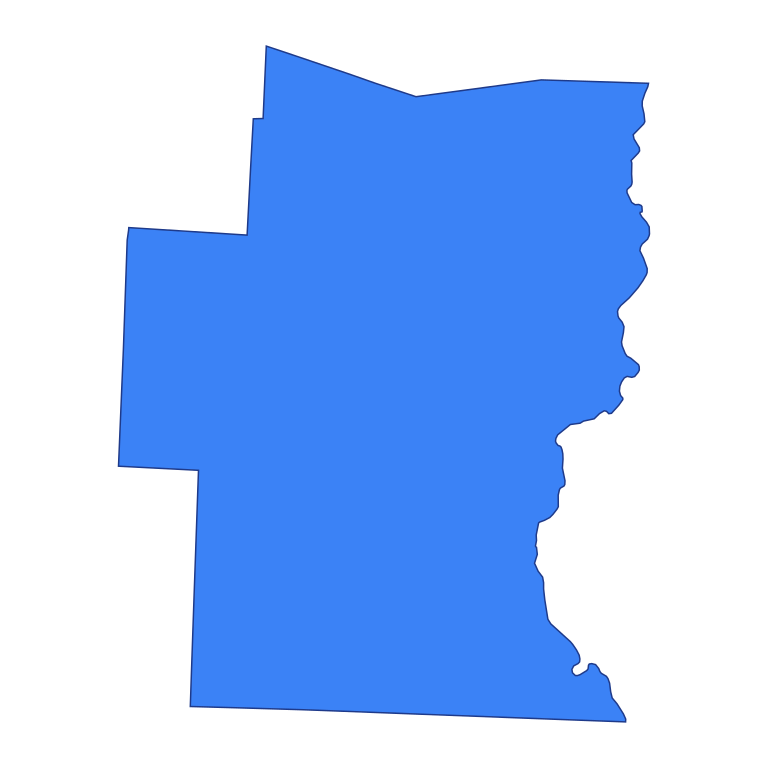 outline of Windham, Vermont, United States of America
{"feature_id": "52423323B2511363637596", "entity_name": "Windham", "entity_type": "district", "adm_level": 2, "iso_a3": "USA", "parent_name": "United States of America", "parent_adm1": "Vermont", "projection": "mercator", "projection_center": [-72.531, 42.995], "detail": "fine", "context": "isolated", "style": "filled", "palette": "blue", "viewbox_px": 768, "rotation_deg": 0, "n_neighbors": 0, "source": "geoboundaries", "source_scale": "gbopen_adm2", "svg_char_len": 2283}
<svg xmlns="http://www.w3.org/2000/svg" viewBox="0 0 768 768"><path d="M625.6,721.9L625.7,719.1L623.4,713.9L617.1,703.9L612.2,698.0L610.7,691.9L609.6,683.2L608.0,678.7L606.4,676.3L601.3,673.3L599.9,671.5L598.7,668.5L595.6,664.6L591.7,663.6L589.3,664.0L588.5,665.2L588.1,668.9L586.7,670.6L580.0,674.7L577.3,675.6L575.3,675.5L572.5,672.8L571.9,669.4L573.7,665.9L578.0,663.6L579.6,661.9L579.9,659.0L579.2,655.2L576.5,650.0L572.7,644.4L570.4,641.7L550.8,623.9L547.9,619.3L544.8,599.9L543.6,589.0L543.6,582.7L542.6,577.1L538.1,571.2L535.2,564.7L534.5,563.3L537.3,554.4L536.5,547.3L535.6,546.6L535.5,545.7L536.5,540.5L536.2,535.0L538.6,523.0L539.4,522.2L544.5,520.3L549.8,517.5L553.0,514.3L557.1,509.0L558.3,506.7L558.2,495.1L559.5,489.5L560.4,488.1L564.0,486.0L564.8,484.5L565.0,480.8L562.4,468.1L563.0,459.1L562.8,453.8L562.0,449.7L561.0,447.0L559.9,446.0L558.1,445.5L556.1,442.9L555.5,441.2L555.9,438.4L557.7,434.8L570.4,424.5L580.1,423.2L583.5,421.1L594.2,418.8L599.5,413.6L604.2,410.8L606.5,411.3L608.8,413.7L611.5,413.3L618.8,405.2L622.8,399.6L622.8,398.1L620.6,395.5L619.4,391.2L619.9,386.1L621.6,381.9L624.3,377.9L627.1,376.4L631.8,377.3L634.7,376.5L638.1,372.4L639.3,370.1L639.2,366.7L638.5,364.7L630.8,358.2L627.0,356.2L625.2,353.5L622.1,345.8L621.5,342.0L623.4,332.6L624.0,326.7L622.2,322.2L618.8,318.0L618.0,315.9L617.5,311.5L618.3,308.9L620.8,305.5L629.2,297.9L637.9,287.9L642.9,280.7L646.3,274.8L647.1,272.5L647.2,268.6L643.5,258.2L639.9,250.7L640.5,247.1L642.2,244.0L647.5,239.2L649.1,235.7L649.5,233.9L649.2,226.9L646.5,222.2L644.6,220.0L641.8,216.8L640.0,213.6L640.2,212.3L642.0,211.9L642.2,211.0L641.9,206.5L641.0,205.4L638.8,204.5L635.1,204.7L631.7,202.5L627.1,192.9L626.9,190.4L627.5,189.1L630.9,186.0L631.8,184.1L632.1,182.0L631.6,174.2L631.8,163.0L631.1,160.5L638.2,153.1L639.6,150.9L639.3,147.7L634.0,138.9L633.2,134.7L643.7,123.9L644.8,121.7L644.0,113.8L642.2,105.9L642.3,101.1L644.9,93.2L647.8,86.7L648.5,83.3L541.3,79.9L416.0,96.7L374.9,83.1L351.3,74.8L292.6,54.9L266.3,46.1L263.1,118.5L253.3,118.8L250.6,168.0L247.1,235.1L128.8,227.6L128.6,230.2L127.2,240.0L123.4,349.1L118.5,466.2L198.5,470.3L194.2,592.3L191.5,670.6L190.3,706.5L234.1,707.7L302.1,709.7L318.7,710.3L415.6,714.0L571.9,719.9L625.6,721.9Z" fill="#3b82f6" stroke="#1e3a8a" stroke-width="1.5"/></svg>